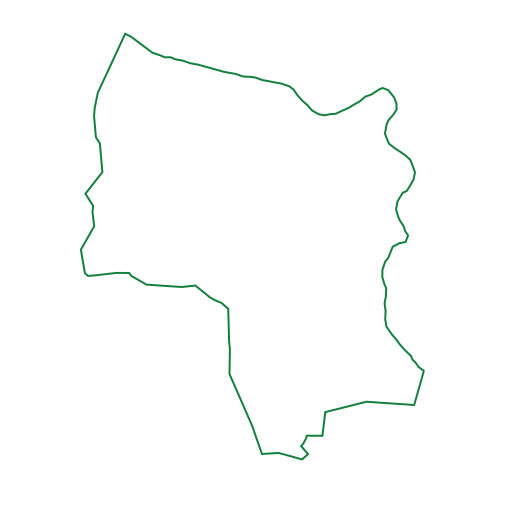 Obot Akara, Akwa Ibom, Nigeria, rotated 101°
{"feature_id": "59680162B95147302907135", "entity_name": "Obot Akara", "entity_type": "district", "adm_level": 2, "iso_a3": "NGA", "parent_name": "Nigeria", "parent_adm1": "Akwa Ibom", "projection": "albers", "projection_center": [7.605, 5.256], "detail": "fine", "context": "isolated", "style": "outline", "palette": "green", "viewbox_px": 512, "rotation_deg": 101, "n_neighbors": 0, "source": "geoboundaries", "source_scale": "gbopen_adm2", "svg_char_len": 1888}
<svg xmlns="http://www.w3.org/2000/svg" viewBox="0 0 512 512"><g transform="rotate(101 256 256)"><path d="M305.4,420.7L307.6,417.2L305.7,410.2L299.2,389.7L296.9,377.3L299.4,374.5L305.0,358.0L301.9,333.2L300.6,323.0L296.6,309.9L304.8,294.4L305.1,294.2L307.3,287.6L308.6,281.0L313.1,273.2L345.4,266.0L352.6,263.8L376.9,259.5L423.4,227.4L449.2,212.4L445.0,196.1L446.9,172.0L440.5,167.1L436.8,171.9L434.0,175.5L432.1,174.2L429.3,173.2L425.6,172.1L423.8,171.8L422.7,171.9L419.8,156.5L396.0,158.2L378.0,119.8L372.1,72.3L338.0,69.4L336.5,69.6L336.1,70.6L333.8,75.4L330.3,78.9L328.0,82.5L324.5,84.9L322.1,88.6L319.9,92.0L315.3,98.0L311.8,101.6L307.2,107.5L303.7,111.1L300.3,114.6L293.3,117.1L285.1,118.3L281.2,119.7L278.1,120.7L271.1,120.8L262.9,122.0L259.4,124.4L259.3,124.5L252.5,128.0L245.5,129.3L241.1,128.7L237.3,128.2L232.6,125.8L226.7,124.7L220.9,123.6L216.1,117.7L213.7,111.8L207.0,110.7L206.7,110.7L203.2,114.3L198.6,116.7L193.9,121.4L190.5,123.8L183.5,127.4L175.3,127.5L165.9,124.0L163.5,120.5L157.7,118.2L150.6,115.9L143.6,115.9L135.5,120.7L132.0,123.1L128.5,129.0L124.0,139.7L123.5,140.8L120.5,146.8L117.0,149.2L111.2,152.8L101.9,152.9L97.2,151.8L91.3,148.3L85.4,145.9L79.6,147.2L73.8,150.8L68.0,157.9L66.9,163.8L69.3,167.3L75.2,173.2L77.0,176.1L78.7,179.1L84.6,183.8L89.4,189.6L92.9,193.2L97.7,200.2L101.2,204.9L102.4,209.6L104.8,215.5L104.9,221.4L102.6,228.5L98.0,234.5L94.6,240.4L91.4,244.5L89.9,246.4L85.3,251.1L83.0,255.9L81.9,264.2L82.0,271.3L82.0,277.2L82.1,283.1L81.0,290.2L81.1,294.9L82.3,303.2L81.2,310.3L81.2,314.4L81.3,316.2L81.3,323.3L79.2,349.5L79.3,351.7L79.3,357.6L78.2,364.7L78.3,372.9L77.2,377.7L78.4,383.6L77.3,388.3L76.2,396.6L64.7,420.3L62.8,426.8L110.9,438.7L125.8,442.4L141.5,442.6L149.4,441.7L170.0,435.8L175.4,430.7L203.0,422.8L227.4,435.3L237.9,425.4L243.7,425.0L257.6,420.5L283.2,429.1L305.4,420.7Z" fill="none" stroke="#15803d" stroke-width="2"/></g></svg>